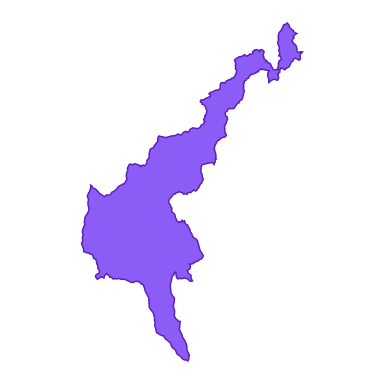 outline of Condesuyos, Arequipa, Peru
{"feature_id": "86281439B62702709218494", "entity_name": "Condesuyos", "entity_type": "district", "adm_level": 2, "iso_a3": "PER", "parent_name": "Peru", "parent_adm1": "Arequipa", "projection": "robinson", "projection_center": [-72.507, -15.547], "detail": "fine", "context": "isolated", "style": "filled", "palette": "violet", "viewbox_px": 384, "rotation_deg": 0, "n_neighbors": 0, "source": "geoboundaries", "source_scale": "gbopen_adm2", "svg_char_len": 5910}
<svg xmlns="http://www.w3.org/2000/svg" viewBox="0 0 384 384"><path d="M189.4,355.2L187.0,350.2L186.8,345.7L185.2,341.2L182.9,337.8L181.6,333.9L179.4,329.6L180.2,321.4L178.0,321.3L177.4,319.8L176.0,319.1L174.3,316.0L174.7,311.2L173.3,305.9L174.4,301.1L174.4,297.9L172.3,295.6L171.0,292.6L170.2,285.6L172.0,277.2L172.8,275.4L173.8,275.0L174.4,272.7L175.2,272.2L175.7,272.1L176.5,277.5L177.9,278.9L178.3,278.4L182.0,278.7L184.8,277.9L186.7,278.8L187.9,278.8L189.2,280.7L191.0,281.3L192.5,280.9L190.7,277.4L191.2,276.6L190.9,275.2L188.2,273.3L187.8,271.2L187.3,270.6L190.0,268.7L190.5,266.4L189.7,263.9L191.8,264.1L196.3,261.4L197.5,261.3L199.9,259.4L201.5,258.9L203.0,256.9L203.3,255.5L200.0,250.2L197.4,240.5L196.0,238.9L194.1,238.2L192.5,236.0L191.7,233.6L190.3,231.8L189.7,228.9L187.9,226.2L187.9,225.3L185.6,224.1L184.4,220.7L182.9,221.6L182.0,220.3L181.0,222.0L180.1,221.6L178.7,222.3L176.9,220.7L175.4,217.4L174.9,214.6L172.9,212.5L171.6,212.0L171.9,208.0L170.8,207.0L170.5,205.3L168.5,202.3L169.2,199.6L173.8,194.0L174.9,194.1L176.1,192.8L177.9,192.5L178.6,191.7L182.2,192.6L183.8,194.3L185.7,193.6L187.2,194.3L188.0,192.6L190.9,192.5L193.1,190.4L194.3,190.1L195.2,191.0L196.4,190.6L198.7,187.7L200.3,184.2L201.9,182.6L203.3,179.2L202.1,176.4L202.1,174.3L200.8,172.0L201.0,170.5L200.6,169.4L201.1,168.9L200.9,168.0L201.5,165.8L202.7,164.5L210.9,162.6L212.4,162.7L214.1,164.4L214.5,162.8L215.0,162.5L215.4,159.4L216.3,159.0L215.6,156.8L216.0,156.2L215.5,152.8L214.8,151.9L215.0,150.9L214.3,150.2L214.7,146.1L217.5,140.8L219.7,139.8L220.2,138.7L223.5,137.1L224.6,137.1L226.4,135.6L226.1,134.1L225.2,133.5L224.6,128.7L224.9,128.3L224.4,127.4L224.8,125.6L226.3,123.1L226.2,122.2L227.6,119.2L227.2,118.1L227.4,116.9L225.7,116.0L225.2,113.4L226.1,111.5L227.2,111.2L228.3,108.6L232.4,108.8L234.1,108.3L237.4,103.3L239.1,102.8L239.3,101.5L242.4,98.9L244.3,90.8L243.5,88.4L243.8,85.9L243.1,84.9L244.2,83.3L244.4,80.9L245.9,80.5L246.8,78.9L248.6,78.1L248.9,76.8L251.0,74.8L251.3,74.0L252.9,74.2L255.3,73.1L255.6,72.5L256.2,72.8L256.7,72.0L258.5,71.7L258.4,70.5L261.2,68.9L262.0,69.6L263.1,69.4L269.3,70.8L267.8,73.0L267.6,75.7L268.7,79.0L268.8,82.5L272.5,79.7L273.7,79.3L275.4,79.5L276.6,80.2L277.9,80.0L278.7,78.0L278.0,74.8L278.4,74.2L277.8,73.6L279.9,72.1L279.7,70.3L280.8,68.1L282.1,68.2L284.8,69.8L286.7,68.0L289.2,66.7L291.1,62.4L293.1,60.8L293.6,59.4L294.6,58.3L295.8,58.3L299.1,60.3L300.5,58.8L300.0,55.5L301.0,53.5L302.5,52.0L301.4,51.7L300.9,52.4L299.9,51.8L299.2,52.4L297.6,52.0L296.8,51.1L297.0,48.9L296.2,45.9L294.5,43.8L293.5,43.5L292.7,42.4L292.9,41.9L292.0,41.5L292.2,40.2L294.1,37.5L293.1,36.1L296.8,33.5L294.9,32.7L293.3,31.2L293.4,30.4L292.2,30.2L291.2,28.7L289.6,27.7L289.2,25.5L287.3,23.0L285.2,24.6L284.0,24.5L283.3,25.4L282.8,27.7L281.4,29.3L281.4,30.5L280.4,31.1L278.8,33.2L278.2,35.9L278.6,37.1L278.1,38.5L278.7,39.6L277.6,42.6L278.4,45.4L279.2,46.5L279.4,48.2L278.7,50.0L279.1,51.7L279.8,52.6L279.7,54.3L279.1,54.8L278.8,55.8L280.1,56.3L281.2,58.0L281.3,59.3L278.8,61.2L279.0,62.2L278.3,63.5L278.5,65.5L277.7,67.8L278.4,68.7L277.8,70.0L276.6,69.4L275.1,70.1L273.0,69.4L272.5,67.7L271.5,66.7L270.8,64.4L269.5,63.1L268.0,62.7L267.3,61.5L266.2,61.6L266.6,61.2L266.3,60.5L264.1,59.1L263.9,57.0L262.9,56.2L264.1,51.9L263.4,50.6L261.8,49.7L260.1,49.9L259.5,51.4L258.9,50.5L257.8,50.0L256.3,49.6L255.3,50.3L254.8,49.9L252.7,51.6L252.6,53.5L251.1,54.5L249.7,53.9L249.0,55.0L246.3,56.2L244.5,54.6L242.6,56.0L240.2,56.9L239.3,56.7L236.2,58.5L234.4,60.2L235.2,61.7L235.7,64.2L235.2,65.7L235.8,66.9L235.4,68.7L236.4,69.9L236.5,72.0L235.2,75.4L233.3,77.9L231.8,78.1L230.8,79.5L229.6,79.5L226.1,81.2L225.0,83.2L223.8,82.6L220.9,82.9L220.2,85.0L220.3,87.6L219.0,89.6L215.2,90.3L212.0,92.2L209.9,92.6L209.0,94.0L210.7,95.1L210.3,96.4L206.0,98.3L203.5,99.9L201.3,99.9L200.6,100.3L200.3,101.9L202.0,103.1L202.1,104.3L203.3,104.5L204.8,105.6L207.0,111.0L205.8,114.8L204.6,115.9L204.9,117.8L203.5,119.3L204.3,121.4L205.0,121.5L205.1,122.0L203.8,122.9L203.1,124.3L201.4,124.9L199.8,127.7L197.8,128.6L192.6,127.9L190.1,129.4L188.3,132.4L187.7,132.4L186.6,131.4L185.2,131.6L183.2,132.5L182.4,133.9L180.9,135.1L178.0,134.0L175.2,135.6L171.2,136.0L165.8,137.6L158.9,136.0L158.1,137.1L157.7,139.4L157.8,142.1L156.2,143.0L155.5,144.6L154.3,145.4L153.9,147.4L151.2,148.5L150.1,149.6L149.1,153.6L149.3,156.4L148.4,158.7L147.0,160.3L146.9,162.2L146.0,164.4L144.2,165.9L143.4,165.2L141.6,165.4L141.1,166.6L138.9,165.0L134.5,163.7L132.6,164.7L130.1,164.0L129.2,164.6L127.4,168.3L127.7,170.8L126.7,172.8L126.2,175.9L126.9,179.3L124.2,183.9L123.0,184.0L118.2,186.7L117.3,188.3L114.2,191.2L111.8,192.3L110.3,194.7L109.0,195.2L106.4,194.9L104.9,196.5L103.5,196.2L101.8,194.7L99.7,193.7L97.0,190.4L94.9,188.7L93.2,188.2L91.3,185.4L90.6,185.2L90.9,186.8L90.5,188.7L89.5,191.8L88.7,192.7L87.3,196.2L88.5,199.7L87.9,202.6L88.2,206.1L88.9,207.6L88.8,210.3L87.6,213.4L85.3,216.5L85.0,217.7L84.3,222.4L85.1,223.7L82.5,229.9L82.4,232.7L83.3,234.7L82.4,236.7L82.6,241.3L81.5,243.4L83.7,249.5L83.7,251.7L88.2,253.1L88.9,252.8L90.1,254.1L91.7,254.1L93.3,256.5L93.4,258.0L96.2,260.0L96.9,264.1L97.9,265.9L97.8,268.2L99.1,270.1L99.5,271.9L98.8,273.6L96.8,274.2L95.6,275.5L95.6,276.9L97.3,279.3L101.4,276.7L103.9,278.1L104.8,275.3L106.6,273.5L108.0,275.1L109.3,275.7L109.6,277.1L111.5,277.4L113.4,279.1L114.7,278.6L117.0,278.9L118.8,278.5L120.7,279.2L124.8,279.3L130.6,282.1L133.5,282.5L134.6,281.5L138.0,281.2L138.3,281.8L139.5,282.0L141.2,284.0L142.9,284.5L143.9,286.3L145.5,291.7L149.0,298.3L148.7,300.6L149.2,301.5L148.9,303.4L149.3,304.1L149.1,305.6L149.5,307.9L153.4,313.1L153.8,315.5L154.5,316.5L154.5,320.7L155.1,322.6L154.7,325.8L155.4,327.1L156.6,332.8L158.1,333.2L158.8,334.0L162.1,335.7L163.9,336.0L164.9,338.4L170.2,342.7L171.5,346.1L172.8,348.0L175.2,349.8L177.1,354.0L181.2,356.9L181.8,358.3L184.4,360.0L185.7,359.7L187.9,361.0L188.9,358.4L188.9,356.2L189.4,355.2Z" fill="#8b5cf6" stroke="#5b21b6" stroke-width="1.5"/></svg>